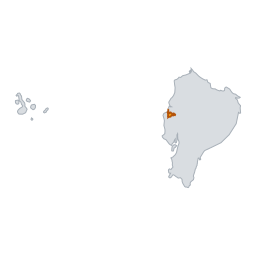 Portoviejo, Manabi, Ecuador shown in context
{"feature_id": "8360857B28339541752257", "entity_name": "Portoviejo", "entity_type": "district", "adm_level": 2, "iso_a3": "ECU", "parent_name": "Ecuador", "parent_adm1": "Manabi", "projection": "equal_earth", "projection_center": [-80.352, -0.999], "detail": "fine", "context": "in_parent", "style": "filled", "palette": "amber", "viewbox_px": 256, "rotation_deg": 0, "n_neighbors": 0, "source": "geoboundaries", "source_scale": "gbopen_adm2", "svg_char_len": 5603}
<svg xmlns="http://www.w3.org/2000/svg" viewBox="0 0 256 256"><path d="M240.2,97.3L239.4,98.0L237.5,98.2L236.1,97.6L235.5,97.6L235.4,98.2L237.3,99.9L238.2,102.9L239.6,104.7L240.5,105.6L240.5,106.2L240.2,107.4L240.2,108.4L240.6,112.9L240.3,113.2L239.3,113.2L238.5,112.4L236.2,123.7L229.1,134.8L221.0,142.7L211.6,147.3L204.8,150.5L203.7,151.7L200.3,157.3L200.2,157.9L200.6,158.8L200.7,159.4L200.2,159.8L199.7,159.9L199.5,159.6L199.4,158.9L198.9,158.2L198.4,158.0L198.1,158.2L198.1,158.8L197.4,161.8L197.4,163.3L197.1,163.9L197.1,165.2L196.4,166.4L195.9,168.4L195.3,169.1L194.6,172.2L193.5,175.3L193.4,176.4L193.8,177.2L193.9,177.8L193.4,179.7L191.0,181.6L190.4,182.5L190.1,183.5L190.3,184.4L190.2,185.2L189.4,185.4L188.7,187.2L188.1,187.6L186.5,187.0L185.4,187.0L184.6,186.4L182.9,183.5L182.2,181.7L182.0,179.3L180.4,177.7L178.2,178.1L177.5,177.5L175.9,176.5L174.5,175.4L173.5,174.8L172.7,175.0L171.4,177.0L170.1,177.9L169.6,177.8L168.8,177.2L168.7,176.6L170.6,173.2L169.2,173.1L168.7,172.4L168.6,171.5L168.4,170.6L168.7,169.5L169.4,168.9L170.5,169.4L171.2,169.4L171.7,168.4L172.7,167.6L172.9,167.0L172.4,165.4L172.3,164.5L172.4,164.0L172.4,162.2L172.1,161.5L172.0,160.5L171.8,159.9L171.6,158.7L170.9,158.0L173.2,156.8L174.0,155.9L175.0,155.0L175.9,153.7L176.5,152.5L177.8,146.7L179.1,143.0L178.9,141.3L177.8,138.9L177.6,135.4L177.7,134.4L177.6,133.6L176.9,135.0L177.0,140.2L176.4,142.5L175.6,143.0L175.0,142.6L175.3,138.9L174.7,139.6L173.7,142.1L172.0,144.0L171.9,144.6L171.5,145.4L170.2,144.7L169.2,143.9L166.0,139.7L163.9,138.8L162.6,137.3L162.3,136.7L162.2,135.8L163.5,134.9L164.8,133.7L165.0,131.1L164.9,129.1L163.9,125.5L164.4,120.9L164.1,119.1L163.0,115.3L163.9,113.4L166.8,112.0L167.8,111.0L168.5,108.0L169.2,106.2L170.5,106.9L171.5,106.8L170.1,106.1L169.0,103.4L168.8,102.1L171.0,98.4L172.2,97.4L173.6,95.4L174.8,92.5L175.1,87.7L174.6,84.4L174.2,80.8L174.9,79.9L176.7,79.4L178.2,78.3L179.0,77.2L180.7,77.4L182.7,75.7L186.0,74.9L190.5,73.0L191.5,71.3L191.1,68.4L192.7,70.2L193.5,71.6L195.8,73.1L198.6,76.0L200.4,77.4L202.4,78.7L205.2,80.1L207.0,79.8L207.7,81.9L208.3,82.6L210.0,83.3L210.2,83.5L210.8,87.5L211.2,88.0L212.6,88.7L214.3,88.9L215.0,88.8L216.6,89.8L218.9,90.7L219.8,90.9L220.2,90.7L220.3,90.3L221.0,90.4L222.1,90.9L223.5,91.0L224.5,90.5L224.7,88.3L225.0,87.8L226.1,87.0L226.6,87.2L229.4,88.9L230.0,89.5L230.7,90.7L232.0,92.5L233.4,93.7L235.6,94.2L237.7,96.0L240.2,97.3ZM20.6,94.9L21.5,96.1L21.9,99.5L24.7,103.0L25.0,105.0L24.8,106.0L24.9,106.3L26.2,107.8L27.1,109.2L25.6,112.7L22.6,114.2L19.3,114.1L18.6,113.8L17.7,112.4L17.5,111.3L18.1,110.1L19.8,108.4L22.4,106.8L22.7,105.7L21.6,104.5L20.9,102.2L19.3,100.6L18.5,95.8L17.9,95.5L16.8,96.2L16.2,95.6L16.1,95.3L17.3,94.2L17.6,93.4L19.4,93.0L20.1,93.6L20.6,94.9ZM33.5,109.6L32.8,109.6L30.6,107.8L30.8,106.1L31.6,104.9L34.4,104.3L35.5,105.4L35.4,107.5L34.5,109.1L33.7,109.3L33.5,109.6ZM173.6,150.3L173.3,151.0L172.0,151.0L171.7,150.7L172.0,147.3L172.3,146.3L173.4,145.2L174.3,144.7L175.4,144.8L176.7,145.7L175.2,147.5L174.1,148.0L173.6,150.3ZM18.5,103.9L17.1,104.2L16.0,103.5L15.5,102.6L15.4,101.1L15.5,100.6L18.0,100.1L18.9,101.3L18.9,103.1L18.5,103.9ZM46.1,112.2L44.4,112.9L43.5,112.2L43.5,111.8L44.4,110.6L45.2,110.0L46.0,108.7L47.4,107.9L47.9,108.1L48.1,108.4L48.3,108.8L47.8,109.9L46.9,110.6L46.1,112.2ZM30.2,101.5L29.6,102.1L27.0,101.4L26.2,100.3L26.8,98.9L27.4,98.3L28.9,98.8L30.5,100.5L30.2,101.5ZM32.3,120.1L31.7,120.2L31.0,119.4L31.5,117.9L32.6,118.7L32.9,119.2L32.3,120.1ZM190.4,72.1L189.6,72.3L189.3,71.4L190.2,70.4L190.5,70.2L190.4,72.1Z" fill="#d9dde1" stroke="#a8b0b8" stroke-width="1"/><path d="M173.9,114.2L173.7,114.1L173.6,113.9L173.5,114.0L173.5,113.9L173.5,113.7L173.3,113.4L173.2,113.3L173.0,113.5L172.9,113.5L172.7,113.6L172.7,113.8L172.4,113.9L172.2,113.9L171.9,113.8L171.9,113.6L171.8,113.4L171.8,113.5L171.8,113.4L171.7,113.3L171.6,113.2L171.3,112.9L171.2,112.8L171.1,113.0L170.9,113.0L170.9,112.9L170.7,112.9L170.7,113.0L170.7,112.9L170.5,113.0L170.4,112.9L170.2,112.9L170.1,113.0L169.9,113.0L169.9,112.9L169.8,113.0L169.7,113.0L169.5,113.3L169.4,113.3L169.2,113.2L168.8,113.1L168.7,113.1L168.4,113.0L168.3,112.8L168.2,112.7L168.0,112.4L168.2,112.2L168.4,112.1L168.4,111.9L168.5,111.9L168.4,111.8L168.4,111.7L168.5,111.7L168.5,111.4L168.6,111.2L168.5,110.9L168.5,110.7L168.5,110.8L168.4,110.8L168.4,110.7L168.4,110.4L168.3,110.5L168.3,110.4L168.3,110.2L168.2,110.1L168.2,110.7L168.0,111.5L167.9,111.7L167.7,112.0L167.4,112.4L167.4,112.5L167.5,112.6L167.6,112.8L167.7,113.0L167.8,113.0L167.8,113.5L168.0,113.7L168.0,113.9L168.1,114.0L168.0,114.3L167.9,114.4L167.9,114.5L167.9,114.8L167.9,115.0L168.0,115.1L168.1,115.3L168.3,115.3L168.3,115.5L168.2,115.7L168.2,115.8L167.9,115.8L167.8,116.0L167.9,116.3L167.8,116.5L167.9,116.8L168.0,116.9L168.1,117.0L168.0,117.3L168.0,117.5L168.1,117.4L168.3,117.3L168.4,117.2L168.6,117.1L168.7,116.9L168.8,117.0L168.9,116.9L169.0,116.9L169.3,116.8L169.5,116.9L169.5,117.0L169.8,117.0L169.8,116.9L170.0,116.8L170.1,116.7L170.4,116.7L170.5,116.7L170.8,116.6L170.8,116.4L170.9,116.2L171.0,116.0L171.0,115.9L171.3,115.8L171.4,115.7L171.5,115.7L171.8,115.6L171.9,115.4L171.9,115.5L171.9,115.4L172.0,115.5L172.2,115.4L172.3,115.3L172.5,115.4L172.8,115.4L173.0,115.4L173.3,115.3L173.4,115.5L173.4,115.4L173.5,115.3L173.5,115.5L173.7,115.4L173.8,115.4L173.9,115.2L174.0,115.1L174.3,115.0L174.5,115.0L174.8,115.0L175.0,115.2L175.2,114.9L175.2,114.7L175.3,114.5L175.2,114.4L175.0,114.2L175.0,114.3L174.9,114.2L174.7,114.2L174.6,114.3L174.6,114.2L174.4,114.2L174.4,114.3L174.2,114.6L173.9,114.5L173.9,114.4L173.9,114.2L173.9,114.2Z" fill="#f59e0b" stroke="#b45309" stroke-width="1.5"/></svg>